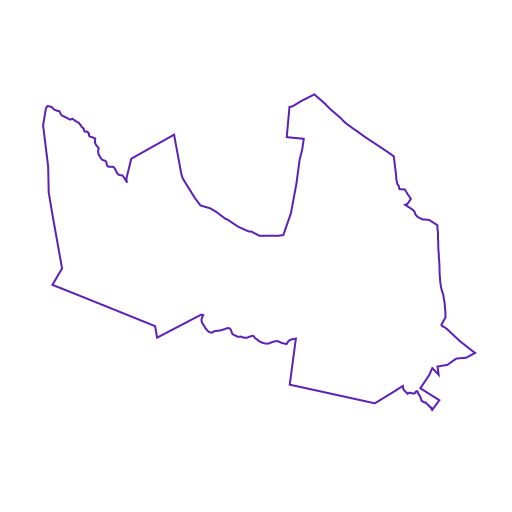 outline of La Compañía, Oaxaca, Mexico, rotated 353°
{"feature_id": "50627088B41446302433754", "entity_name": "La Compañía", "entity_type": "district", "adm_level": 2, "iso_a3": "MEX", "parent_name": "Mexico", "parent_adm1": "Oaxaca", "projection": "robinson", "projection_center": [-96.841, 16.58], "detail": "fine", "context": "isolated", "style": "outline", "palette": "violet", "viewbox_px": 512, "rotation_deg": 353, "n_neighbors": 0, "source": "geoboundaries", "source_scale": "gbopen_adm2", "svg_char_len": 4258}
<svg xmlns="http://www.w3.org/2000/svg" viewBox="0 0 512 512"><g transform="rotate(353 256 256)"><path d="M439.7,247.5L432.4,241.4L428.0,240.3L425.9,240.1L421.1,236.9L419.4,234.4L418.9,232.0L418.7,231.4L417.8,230.0L417.2,229.2L414.8,227.1L410.3,223.4L412.6,222.8L416.7,218.2L414.3,213.6L411.8,208.1L406.6,207.2L406.3,205.9L406.3,204.2L406.0,203.3L405.0,201.7L404.8,198.1L404.5,197.0L404.9,194.1L404.9,192.4L404.9,188.4L404.9,181.9L404.9,173.9L402.9,172.0L401.0,170.3L398.2,167.8L389.9,160.7L384.9,156.4L384.5,156.1L382.9,154.9L382.7,154.7L381.9,153.9L379.1,151.5L378.3,150.8L375.4,148.1L373.4,146.3L372.3,145.1L368.4,141.8L365.7,139.2L362.6,136.4L362.0,135.6L361.2,135.0L360.1,133.7L358.5,131.7L356.6,129.1L351.2,123.2L349.1,120.9L347.6,119.2L344.7,115.5L344.6,115.4L343.6,113.9L333.6,102.7L325.9,105.5L319.1,108.0L310.6,111.9L307.4,112.1L301.0,141.7L301.0,141.8L317.7,145.5L314.7,156.4L311.1,165.5L304.9,189.2L295.9,217.8L285.6,238.6L280.2,238.6L269.9,237.3L262.0,236.4L254.4,231.2L251.6,230.7L241.9,224.8L231.8,216.1L230.2,215.4L222.1,207.5L216.2,203.0L211.7,201.1L207.0,199.0L202.5,191.2L194.2,173.3L192.7,170.0L191.8,164.5L191.3,155.5L190.1,136.6L189.5,125.6L144.1,144.2L137.3,162.0L137.0,163.1L136.7,164.6L136.8,167.6L136.5,165.9L133.4,159.9L130.3,158.9L130.0,158.8L129.8,158.7L128.9,157.9L128.0,156.3L126.9,152.8L125.7,150.6L124.8,150.0L123.7,149.9L120.3,149.4L119.1,147.9L119.0,146.9L118.9,144.8L118.4,143.6L117.2,142.8L115.2,141.9L113.8,139.9L112.9,137.4L112.1,135.9L112.0,132.9L113.0,129.8L110.9,126.6L110.0,124.0L110.3,122.0L110.7,119.8L108.4,118.4L108.1,118.2L105.4,117.1L104.9,116.1L105.1,114.7L105.1,113.9L104.1,113.0L104.1,112.5L103.1,111.7L101.2,111.7L100.5,110.2L100.6,108.7L100.4,108.3L98.9,107.0L98.2,105.3L96.4,102.3L95.8,101.8L94.2,100.8L90.5,97.4L88.2,98.0L80.1,92.6L79.2,90.6L78.6,88.6L78.0,88.0L76.6,87.8L73.8,86.2L73.0,85.7L71.5,83.3L67.5,81.7L65.6,83.5L60.6,100.4L60.6,142.1L58.0,167.6L59.0,190.3L62.0,244.7L50.4,259.8L72.8,272.1L147.3,313.3L147.9,325.0L194.5,307.5L196.4,308.3L195.3,310.0L194.7,311.0L194.1,312.5L194.1,314.2L194.5,316.1L195.9,318.9L196.7,320.9L197.8,322.7L198.6,324.0L199.7,325.2L200.6,326.0L201.8,326.4L202.8,326.7L204.1,326.2L206.0,325.5L207.7,325.5L209.2,325.6L211.6,325.5L213.6,325.2L215.9,324.8L217.9,324.3L219.4,324.1L220.8,324.5L221.5,325.2L222.2,326.6L222.7,329.5L223.3,330.8L224.6,331.8L226.5,332.8L227.6,333.8L228.8,334.1L230.9,334.1L232.5,334.9L233.6,335.3L234.6,335.7L236.2,336.0L237.8,335.9L239.0,335.5L240.6,335.1L242.3,334.8L243.5,334.9L244.5,336.1L244.9,337.2L246.6,338.8L247.7,339.9L248.9,341.1L250.3,342.0L252.0,343.0L253.5,343.6L254.9,344.1L256.3,344.3L257.9,344.4L259.5,344.1L260.9,343.6L262.7,343.2L264.2,343.0L265.5,343.0L266.8,343.1L268.1,343.6L269.1,344.3L270.2,345.1L271.5,345.6L272.3,345.9L273.4,346.4L274.0,346.6L274.8,346.9L275.6,347.1L276.3,346.4L276.8,345.6L277.6,344.7L278.5,344.0L280.2,343.4L281.8,343.0L283.5,342.9L285.0,343.0L285.5,342.9L273.8,387.8L356.0,416.7L376.9,407.2L385.4,403.1L386.0,402.9L385.9,404.6L386.1,406.0L386.3,406.9L387.0,407.7L387.4,408.3L388.5,409.6L389.1,410.4L389.4,411.1L390.1,410.7L391.1,410.9L391.4,410.4L392.8,410.6L393.4,410.9L394.6,411.3L395.1,411.8L396.1,411.7L396.9,411.5L397.5,411.3L397.7,410.6L398.2,410.0L398.8,409.8L399.2,409.7L399.6,409.9L400.0,410.8L400.2,412.0L400.7,413.4L401.4,414.5L401.8,415.4L402.3,417.3L402.6,418.9L402.6,419.7L403.2,420.5L404.0,420.8L404.5,421.0L405.0,421.9L405.5,422.1L406.6,422.0L407.4,423.3L408.0,424.2L409.1,425.0L409.5,426.3L410.7,427.1L411.6,428.1L411.9,428.5L411.4,428.9L412.1,430.3L420.4,421.5L403.0,407.3L413.4,395.3L417.3,388.8L422.8,396.1L422.7,387.8L432.6,387.4L442.3,382.2L452.1,382.6L461.6,378.9L458.6,376.0L451.4,368.8L450.8,368.2L448.1,365.5L437.6,352.9L437.0,352.0L436.7,351.8L436.0,351.2L434.8,349.9L434.2,349.5L432.3,348.4L431.6,347.0L432.6,345.6L433.5,344.3L435.0,342.2L436.6,340.0L436.8,337.9L437.1,335.6L437.1,335.3L437.2,332.3L437.5,325.8L437.2,320.2L437.2,317.4L436.4,313.7L436.1,311.8L435.8,308.5L435.7,304.8L436.0,298.7L436.0,297.1L437.0,286.8L437.3,281.7L437.4,278.4L437.5,277.7L437.7,275.9L437.8,273.8L437.7,273.6L438.1,268.2L438.4,266.0L438.6,263.9L438.7,261.3L439.1,258.3L439.5,254.5L439.4,251.9L439.5,250.1L439.8,248.0L439.7,247.5Z" fill="none" stroke="#5b21b6" stroke-width="2"/></g></svg>